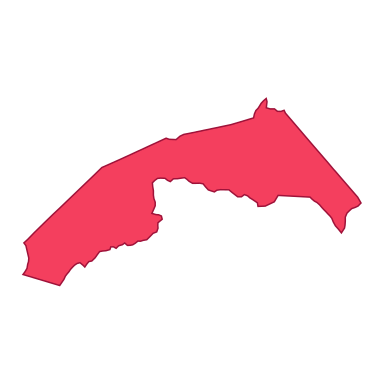 the district of Antônio Gonçalves, Bahia, Brazil
{"feature_id": "56859067B38466194714379", "entity_name": "Antônio Gonçalves", "entity_type": "district", "adm_level": 2, "iso_a3": "BRA", "parent_name": "Brazil", "parent_adm1": "Bahia", "projection": "mercator", "projection_center": [-40.353, -10.606], "detail": "fine", "context": "isolated", "style": "filled", "palette": "rose", "viewbox_px": 384, "rotation_deg": 0, "n_neighbors": 0, "source": "geoboundaries", "source_scale": "gbopen_adm2", "svg_char_len": 2077}
<svg xmlns="http://www.w3.org/2000/svg" viewBox="0 0 384 384"><path d="M361.0,203.0L357.7,197.2L354.5,193.5L338.6,175.1L335.7,171.7L333.6,169.4L327.8,162.5L313.8,146.3L312.0,144.2L285.4,113.1L284.1,110.3L281.0,111.4L277.4,111.3L274.5,108.9L270.2,108.9L266.3,107.8L267.0,101.7L266.2,98.5L263.6,100.7L261.1,103.4L259.5,106.1L258.0,108.4L255.9,110.5L254.4,114.0L253.6,117.9L230.8,124.7L189.1,133.4L183.8,134.4L180.0,136.2L176.1,139.6L169.2,139.3L166.1,138.2L119.9,159.5L101.9,167.5L94.0,175.2L62.2,205.7L59.7,208.1L53.3,214.1L43.7,223.4L34.3,232.6L27.8,239.3L23.9,242.9L25.9,245.6L28.8,258.1L28.5,261.7L27.7,264.2L27.0,268.4L24.9,271.9L23.0,274.5L59.7,285.5L61.5,282.9L64.0,279.2L65.4,276.1L67.0,274.0L68.8,271.9L70.5,269.4L72.6,267.1L74.5,265.2L77.0,263.5L80.0,262.7L83.0,265.2L84.8,267.0L86.7,264.2L88.8,261.6L91.8,261.0L95.1,257.8L97.5,254.4L99.6,251.6L102.6,251.0L106.0,250.7L109.9,249.6L110.8,246.9L113.4,246.8L116.1,248.3L118.6,245.8L122.4,244.7L124.7,243.0L127.4,245.4L130.2,245.3L132.7,244.8L135.3,243.2L137.9,241.1L140.6,241.2L143.0,240.4L146.8,239.7L150.6,235.9L153.1,233.3L156.7,231.9L158.0,228.2L157.8,225.6L157.9,222.8L162.2,219.2L161.4,216.0L158.7,214.8L156.0,214.6L151.9,213.4L153.5,209.8L155.2,205.8L155.2,202.2L153.9,198.6L153.4,195.1L153.4,190.7L152.7,186.5L152.4,182.8L154.9,180.3L157.5,178.4L160.5,178.1L165.0,178.3L167.5,180.3L170.3,181.6L173.4,178.8L177.4,178.7L181.5,178.1L184.6,177.7L186.7,179.1L189.1,181.3L192.5,183.3L195.5,183.3L199.8,183.2L203.1,183.8L205.4,186.7L208.3,189.9L211.2,190.9L214.4,191.9L216.9,190.2L220.3,189.7L228.9,189.8L232.0,192.4L237.7,196.8L241.4,196.8L244.4,194.6L247.6,195.8L249.9,197.9L252.7,199.6L254.9,201.1L257.4,202.8L258.0,206.4L265.2,206.1L274.3,201.8L278.1,195.4L310.0,197.1L311.9,199.0L314.4,201.1L317.0,202.5L319.6,204.8L321.8,207.4L323.7,209.5L325.9,211.7L327.8,213.8L330.0,216.0L331.8,218.3L333.3,222.0L335.4,225.8L338.2,228.9L341.4,232.9L344.5,228.1L345.0,225.3L345.3,221.2L345.3,217.1L347.0,213.1L349.3,210.8L351.7,208.6L354.9,207.5L358.0,206.1L361.0,203.0Z" fill="#f43f5e" stroke="#9f1239" stroke-width="1.5"/></svg>